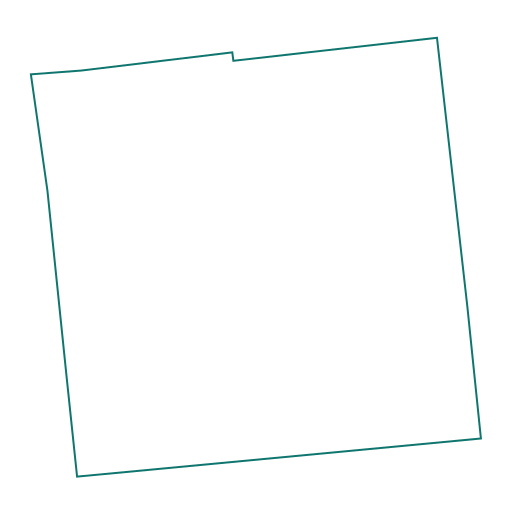 Montmorency, Michigan, United States of America, rotated 264°
{"feature_id": "52423323B25312059871419", "entity_name": "Montmorency", "entity_type": "district", "adm_level": 2, "iso_a3": "USA", "parent_name": "United States of America", "parent_adm1": "Michigan", "projection": "mercator", "projection_center": [-84.081, 45.028], "detail": "fine", "context": "isolated", "style": "outline", "palette": "teal", "viewbox_px": 512, "rotation_deg": 264, "n_neighbors": 0, "source": "geoboundaries", "source_scale": "gbopen_adm2", "svg_char_len": 291}
<svg xmlns="http://www.w3.org/2000/svg" viewBox="0 0 512 512"><g transform="rotate(264 256 256)"><path d="M155.4,55.0L55.3,55.0L51.0,460.6L183.4,460.9L454.1,458.8L452.5,253.9L461.0,253.7L458.7,101.4L460.2,51.1L342.7,55.4L155.4,55.0Z" fill="none" stroke="#0f766e" stroke-width="2"/></g></svg>